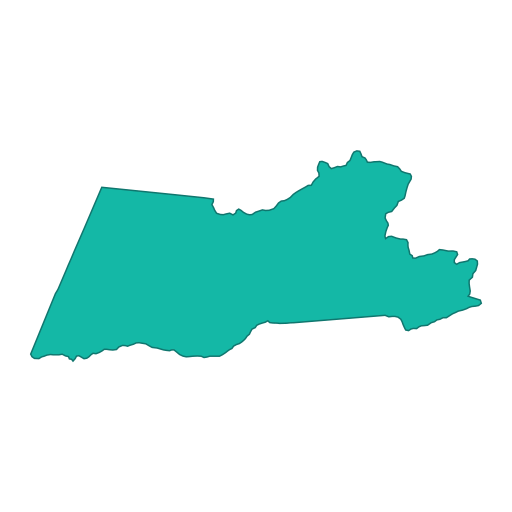 outline of Cristópolis, Bahia, Brazil
{"feature_id": "56859067B44144789657411", "entity_name": "Cristópolis", "entity_type": "district", "adm_level": 2, "iso_a3": "BRA", "parent_name": "Brazil", "parent_adm1": "Bahia", "projection": "orthographic", "projection_center": [-44.194, -12.179], "detail": "fine", "context": "isolated", "style": "filled", "palette": "teal", "viewbox_px": 512, "rotation_deg": 0, "n_neighbors": 0, "source": "geoboundaries", "source_scale": "gbopen_adm2", "svg_char_len": 3754}
<svg xmlns="http://www.w3.org/2000/svg" viewBox="0 0 512 512"><path d="M84.3,228.2L82.6,232.1L74.5,250.7L70.7,259.7L68.0,265.8L66.1,270.4L58.2,288.9L57.1,290.9L55.5,293.5L30.7,354.1L32.0,356.7L34.4,358.4L38.9,358.6L41.6,356.9L44.1,356.2L46.9,355.1L50.5,354.5L53.3,354.8L56.3,354.8L58.9,354.8L62.2,354.2L65.5,355.9L68.5,356.6L69.4,358.9L71.6,359.3L73.0,361.1L75.2,358.6L76.5,356.1L78.9,355.7L81.5,357.2L84.0,358.7L86.8,358.2L88.9,356.8L90.9,354.8L93.0,353.3L96.0,353.7L99.4,352.4L102.2,350.8L104.2,349.3L106.7,349.3L109.3,349.7L112.8,350.0L116.5,349.5L118.8,347.0L122.5,345.4L125.4,345.6L127.6,346.2L129.8,345.3L133.5,344.2L136.2,342.9L139.1,342.7L142.6,343.3L145.8,343.8L149.0,345.7L152.1,347.4L154.5,347.7L157.1,348.0L160.8,349.1L163.6,349.9L166.7,350.4L169.6,350.7L171.7,349.9L174.0,349.9L176.5,351.9L179.6,354.5L183.0,356.1L186.2,356.8L189.2,356.6L192.8,356.2L197.2,356.0L201.2,356.2L204.0,357.5L207.0,357.0L209.7,356.2L212.6,356.2L216.1,356.2L219.5,356.2L222.4,354.7L225.6,352.6L227.6,351.0L229.6,349.6L231.9,348.5L233.6,346.1L236.5,344.5L239.3,343.6L241.7,342.0L243.6,340.4L245.4,338.6L247.0,336.2L249.4,334.2L250.4,332.0L252.0,329.1L255.2,327.6L256.7,325.3L259.1,324.1L262.1,323.1L265.3,322.2L267.8,320.8L269.8,322.6L273.1,323.0L277.1,323.1L279.5,323.4L283.1,323.3L286.6,323.2L290.5,322.8L293.9,322.7L385.1,315.3L388.8,316.8L392.2,316.4L394.9,316.4L398.0,317.1L400.8,319.2L402.1,321.7L403.0,324.3L404.5,327.7L405.7,330.0L408.6,330.6L410.8,329.1L413.3,328.4L416.6,328.6L418.8,326.9L421.3,325.8L424.2,325.6L427.6,325.2L431.2,322.7L434.5,321.7L436.9,319.9L439.9,319.3L443.0,317.7L446.4,317.7L448.3,316.5L450.6,315.0L452.7,313.7L455.5,312.5L458.3,311.1L462.6,310.1L466.5,308.7L469.2,307.3L471.8,306.5L475.7,306.1L478.6,305.5L481.3,303.3L480.3,300.1L477.7,299.3L474.2,298.2L470.9,297.2L468.1,296.2L469.7,294.1L470.2,291.0L469.5,286.6L469.1,283.3L469.2,280.1L472.4,277.2L472.9,273.7L475.7,270.5L476.7,267.0L477.5,264.1L477.3,261.0L475.0,259.2L472.2,258.8L469.6,259.0L468.1,260.8L465.0,261.6L462.4,262.1L459.6,262.6L456.6,264.3L454.3,262.5L454.3,259.7L455.7,257.5L457.6,254.5L456.7,251.8L453.0,251.0L448.3,251.1L442.9,250.0L439.4,249.6L437.5,251.3L434.9,252.8L431.8,254.1L427.6,254.6L424.0,255.9L419.3,256.5L415.5,258.2L412.8,258.0L412.2,255.7L409.8,254.1L409.0,250.2L408.1,247.3L407.9,244.9L408.0,242.6L406.5,239.7L403.1,239.1L400.6,239.1L396.1,238.0L391.6,236.3L388.5,236.6L385.6,238.6L384.9,236.1L385.8,231.7L387.3,227.4L388.3,225.3L387.9,223.1L386.5,221.0L385.1,218.0L385.7,213.8L388.3,212.3L391.7,211.5L394.5,207.9L396.9,205.4L398.3,201.5L401.5,200.1L404.2,198.3L405.0,196.0L405.9,191.8L407.1,187.4L408.2,184.1L411.1,179.1L411.4,176.4L410.2,174.0L407.3,173.3L404.9,172.7L401.3,171.3L399.7,168.9L397.6,166.7L393.8,165.9L389.8,164.5L387.2,164.1L382.3,162.2L379.7,161.5L376.6,161.7L373.9,161.8L370.5,162.4L367.4,162.2L366.3,159.9L365.0,158.0L362.0,156.7L361.1,154.2L359.8,151.3L356.8,150.9L353.9,152.1L352.4,154.5L351.3,157.3L350.0,160.5L347.4,162.5L346.1,165.4L343.5,166.0L340.6,166.9L337.5,166.5L334.1,167.8L331.3,168.6L329.1,166.7L327.7,163.6L325.2,162.5L322.1,161.4L319.8,161.7L318.6,164.5L317.6,167.2L317.5,170.4L318.9,173.0L319.1,176.3L315.6,179.1L313.2,181.9L311.3,185.3L308.2,185.4L305.4,187.1L301.9,189.0L298.2,191.1L296.1,192.4L293.3,194.4L290.3,197.5L287.1,199.5L284.4,200.7L281.2,201.1L278.5,203.0L276.2,206.1L273.8,208.7L271.7,209.4L269.2,210.3L265.6,210.5L262.4,209.9L259.5,210.9L255.5,212.2L252.2,214.5L249.7,214.8L246.8,214.2L243.5,212.4L240.9,210.3L238.7,209.1L236.5,210.6L235.7,213.1L233.0,214.9L229.7,213.2L225.9,214.0L223.4,214.7L220.4,214.5L216.6,213.3L214.6,210.1L213.6,207.7L211.9,204.6L213.3,201.7L213.4,199.1L204.2,197.8L178.3,195.1L173.5,194.6L101.8,187.3L84.3,228.2Z" fill="#14b8a6" stroke="#0f766e" stroke-width="1.5"/></svg>